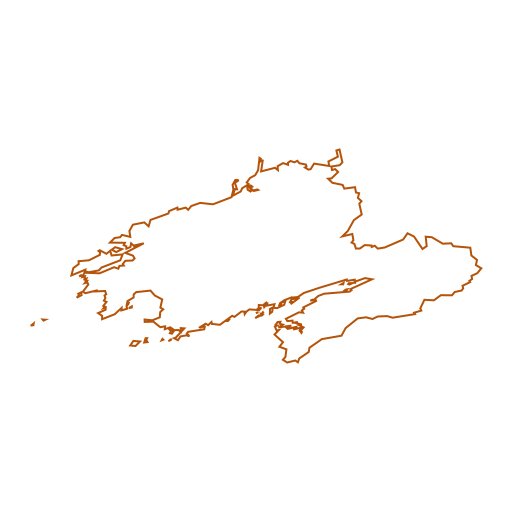 Kenmare Lea-6, Kerry, Ireland
{"feature_id": "5873133B7020974913459", "entity_name": "Kenmare Lea-6", "entity_type": "district", "adm_level": 2, "iso_a3": "IRL", "parent_name": "Ireland", "parent_adm1": "Kerry", "projection": "natural_earth1", "projection_center": [-9.998, 51.923], "detail": "fine", "context": "isolated", "style": "outline", "palette": "amber", "viewbox_px": 512, "rotation_deg": 0, "n_neighbors": 0, "source": "geoboundaries", "source_scale": "gbopen_adm2", "svg_char_len": 6095}
<svg xmlns="http://www.w3.org/2000/svg" viewBox="0 0 512 512"><path d="M342.4,162.3L339.5,149.5L336.4,150.5L337.9,156.7L328.4,161.5L329.3,166.0L314.1,163.6L310.6,169.2L308.4,169.6L304.9,167.5L306.5,166.5L306.0,164.6L299.3,163.2L297.3,160.8L294.5,162.3L290.5,161.0L287.9,162.8L288.0,164.8L283.1,163.1L277.6,166.2L277.9,170.1L275.0,167.8L261.1,171.4L262.7,160.6L260.5,160.1L261.6,160.3L259.9,161.8L259.6,158.1L261.5,159.2L259.5,157.9L258.1,170.2L255.2,175.2L250.1,177.9L246.7,182.5L248.7,184.0L248.8,187.0L250.7,185.5L252.3,186.7L250.2,188.1L253.5,190.5L256.9,189.5L257.8,189.6L258.2,189.9L253.8,191.0L250.8,189.7L251.2,190.8L250.5,191.5L247.6,189.7L247.1,185.2L242.2,188.2L240.7,191.5L232.6,195.8L235.0,189.1L237.0,189.3L234.9,182.9L237.8,180.9L236.7,180.0L238.9,180.5L237.0,179.9L235.3,180.0L232.6,184.9L233.4,189.5L231.5,197.2L213.0,204.3L200.2,202.9L191.3,206.0L188.2,209.8L185.8,207.6L177.6,209.7L177.4,207.6L169.1,211.1L168.4,213.5L150.5,219.9L148.6,226.3L144.3,222.4L132.9,224.7L129.4,231.0L130.3,236.9L122.0,234.9L120.2,237.2L114.6,238.0L110.0,242.6L124.9,242.8L123.7,245.2L126.3,246.2L126.4,248.7L130.4,247.0L131.1,243.3L133.6,245.6L143.8,243.3L125.2,252.9L132.9,255.6L134.6,258.4L132.6,260.5L125.3,260.8L122.8,264.0L123.8,265.5L119.4,265.9L118.3,268.7L114.1,267.2L99.6,273.3L84.4,272.7L82.4,277.0L85.0,276.2L84.4,279.1L86.5,278.5L85.5,280.5L87.1,280.7L84.9,283.1L87.4,282.5L88.3,284.5L82.8,291.8L85.5,293.2L97.6,290.2L96.2,291.4L105.1,291.0L106.2,294.2L104.5,295.5L105.4,298.0L103.9,300.7L106.5,301.9L103.3,305.9L104.8,306.6L103.6,308.1L105.7,307.4L105.6,309.7L98.1,313.1L102.1,315.8L102.1,319.2L114.8,314.2L121.6,307.9L121.4,310.4L127.2,308.7L126.5,306.2L128.3,304.1L128.8,302.7L128.0,302.6L128.2,303.7L126.9,304.1L127.5,301.1L133.6,297.5L133.7,294.4L136.3,292.1L150.5,290.6L154.8,295.5L162.2,299.4L160.4,307.6L163.2,309.3L160.2,312.1L159.8,317.3L152.3,320.3L144.6,319.5L144.7,321.9L153.3,321.6L160.3,327.2L165.1,326.3L164.8,329.2L170.2,327.3L173.2,329.4L172.2,330.3L178.4,330.0L180.8,331.8L180.7,328.1L184.3,328.4L175.7,337.7L174.1,338.2L177.9,340.2L180.5,336.4L188.3,335.0L186.8,333.5L188.2,331.8L204.2,329.3L204.8,326.6L203.3,326.4L203.3,326.8L202.7,326.6L201.3,327.3L200.0,327.5L199.8,327.3L205.7,323.7L208.1,325.2L211.5,322.0L211.9,323.9L219.9,324.8L232.2,315.8L234.4,316.9L241.5,311.5L246.3,311.7L249.4,309.4L256.4,309.9L258.7,308.1L258.8,305.0L263.0,305.3L267.0,301.9L265.3,304.1L267.3,303.7L266.9,305.6L274.5,304.2L273.7,307.0L270.0,308.9L269.9,313.6L272.2,311.8L272.8,307.8L277.1,308.1L284.2,304.8L285.3,301.2L281.0,302.7L281.2,305.0L278.5,306.2L281.1,304.0L279.6,304.4L280.1,303.1L284.4,300.2L292.6,297.0L291.2,298.5L293.8,297.4L297.9,297.0L303.8,293.0L319.3,287.8L346.8,279.5L347.0,280.9L354.8,279.7L354.8,281.7L365.1,278.1L372.0,279.3L350.4,289.1L351.5,290.2L349.7,291.6L324.2,293.7L318.4,295.9L315.1,298.7L316.1,301.0L302.5,307.8L303.8,307.8L304.2,308.8L301.8,310.5L303.1,312.7L299.0,312.3L285.9,318.8L287.4,321.1L292.5,320.6L292.7,322.8L297.8,322.0L296.0,323.1L301.8,324.5L299.1,325.2L303.6,327.4L300.4,330.8L301.3,331.1L301.9,331.9L301.5,332.9L299.6,330.7L301.2,327.7L293.2,329.5L297.3,326.6L287.7,328.9L286.6,327.9L291.3,325.6L278.4,327.5L282.8,324.6L279.6,323.7L280.4,321.8L277.7,322.0L275.6,324.7L277.2,325.5L274.9,326.6L276.6,330.5L278.8,330.1L274.5,334.5L283.0,342.2L279.4,346.8L286.4,349.3L285.4,357.0L282.9,359.8L287.2,362.5L295.3,360.5L297.9,362.3L299.2,358.5L308.7,352.0L309.5,347.7L321.9,339.1L341.5,335.7L345.6,328.1L357.7,318.4L366.0,317.3L372.5,319.0L377.7,316.5L387.1,316.1L392.6,317.7L415.0,314.1L414.1,312.7L421.3,310.6L420.3,308.4L424.4,299.8L433.9,300.3L440.8,295.2L452.0,295.3L454.7,292.0L461.7,290.5L463.2,288.3L462.5,285.8L470.1,282.1L469.4,280.9L472.1,279.0L471.5,275.9L477.3,273.2L481.3,268.3L475.9,265.1L477.0,259.9L471.4,255.5L470.3,247.7L453.3,246.2L451.2,243.3L442.8,243.7L431.8,237.2L425.7,236.7L426.7,246.1L422.5,249.0L414.0,236.5L407.5,233.3L403.2,239.5L384.7,247.5L377.8,248.6L374.7,245.7L371.7,247.0L371.5,245.5L364.7,245.1L359.9,248.5L355.9,248.5L354.4,243.9L351.6,242.6L353.4,240.2L352.3,234.0L342.3,236.4L347.8,231.0L353.9,220.1L361.7,214.5L359.3,203.7L361.5,201.2L357.9,197.9L359.1,193.2L356.0,192.5L355.0,187.2L344.3,188.6L342.6,184.9L332.4,182.8L328.1,178.7L331.5,178.4L338.1,172.0L335.2,169.1L332.0,170.0L331.4,166.5L339.7,165.2L342.4,162.3ZM99.8,254.9L88.9,260.3L78.6,261.2L78.7,264.1L73.3,268.1L71.4,275.4L85.3,269.7L84.9,271.1L88.3,272.3L98.9,270.4L101.5,267.5L120.3,260.3L122.6,254.4L111.6,255.5L110.2,250.8L106.4,253.8L99.7,250.2L98.5,251.0L100.1,252.2L99.8,254.9ZM135.5,346.0L140.0,341.5L133.4,340.9L130.2,345.5L135.5,346.0ZM299.5,297.6L291.4,299.5L290.1,302.1L292.9,302.0L290.6,304.2L299.5,297.6ZM116.2,252.1L122.0,249.1L115.1,247.2L111.8,249.7L116.2,252.1ZM81.1,292.4L78.2,293.8L79.1,295.1L76.7,297.7L81.6,295.1L81.1,292.4ZM144.2,342.5L147.5,342.1L146.2,339.8L147.1,338.2L145.6,338.2L144.2,342.5ZM171.3,330.6L169.9,333.2L172.0,333.7L173.6,331.3L171.3,330.6ZM258.8,315.4L255.2,318.1L261.0,315.3L258.8,315.4ZM259.1,310.3L261.4,307.5L256.8,310.0L259.1,310.3ZM33.7,323.4L32.2,324.7L30.7,325.6L33.4,325.2L33.7,323.4ZM131.8,306.4L128.8,308.1L131.8,307.5L131.8,306.4ZM352.6,283.1L348.9,283.1L348.2,284.1L349.5,284.6L352.6,283.1ZM347.3,289.3L345.5,289.7L344.6,290.5L346.3,290.9L347.3,289.3ZM227.9,321.0L230.0,318.7L227.2,321.0L227.9,321.0ZM168.4,341.2L170.8,340.0L171.6,338.9L168.4,341.2ZM352.7,282.8L355.2,282.8L355.3,282.3L352.7,282.8ZM312.6,299.6L310.3,300.7L314.7,299.9L312.6,299.6ZM343.2,284.3L343.5,283.0L341.3,284.3L343.2,284.3ZM263.8,305.8L264.2,307.2L265.3,305.8L263.8,305.8ZM261.2,314.0L261.9,315.4L262.8,314.6L261.2,314.0ZM136.4,245.5L134.4,245.8L134.4,246.5L136.4,245.5ZM42.6,319.5L43.5,320.6L45.4,319.7L42.6,319.5ZM262.9,312.2L261.8,313.5L263.2,312.7L262.9,312.2ZM163.3,339.7L162.5,338.9L161.7,340.3L163.3,339.7ZM170.2,330.3L170.1,329.0L169.4,329.5L170.2,330.3ZM82.2,275.1L80.6,275.4L79.2,276.4L81.1,275.8L82.2,275.1ZM244.6,313.3L244.7,314.1L245.4,313.1L244.6,313.3ZM188.3,335.9L188.1,335.4L187.0,335.7L188.3,335.9ZM256.5,312.8L255.9,313.1L258.5,312.2L256.5,312.8Z" fill="none" stroke="#b45309" stroke-width="2"/></svg>